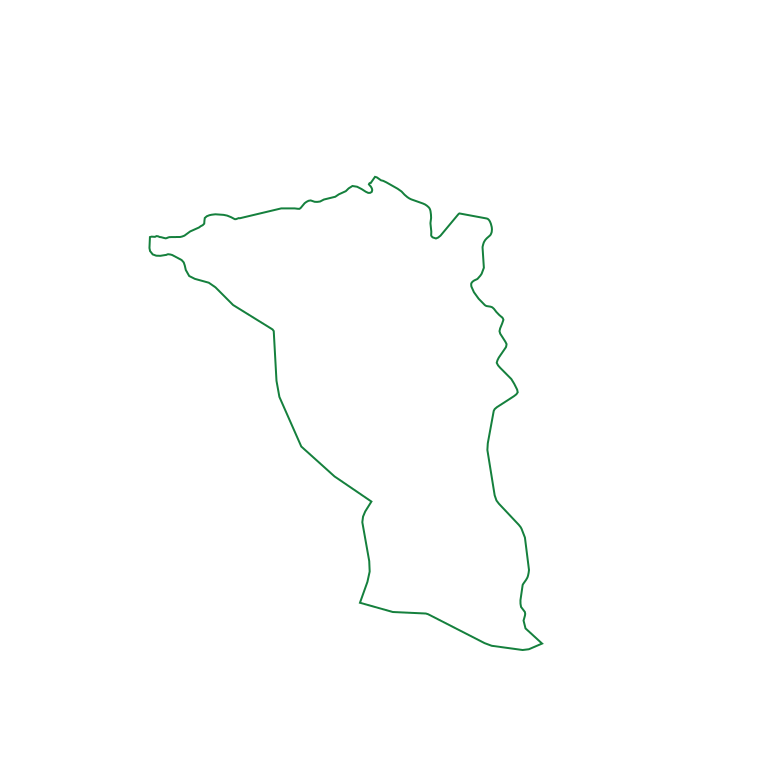 SVG path tracing the border of Dosso, rotated 124°
{"feature_id": "NER-93", "entity_name": "Dosso", "entity_type": "Department", "adm_level": 1, "iso_a3": "NER", "parent_name": "Niger", "parent_adm1": "", "projection": "albers", "projection_center": [3.221, 13.177], "detail": "fine", "context": "isolated", "style": "outline", "palette": "green", "viewbox_px": 768, "rotation_deg": 124, "n_neighbors": 0, "source": "natural_earth", "source_scale": "10m", "svg_char_len": 2950}
<svg xmlns="http://www.w3.org/2000/svg" viewBox="0 0 768 768"><g transform="rotate(124 384 384)"><path d="M487.7,377.6L482.1,417.6L453.2,463.5L441.5,474.9L401.8,505.0L401.1,506.9L402.9,553.3L398.1,577.8L398.0,585.9L402.6,599.6L403.4,605.9L400.3,612.1L397.2,615.4L395.2,618.0L394.4,621.1L395.5,631.7L396.1,633.5L397.1,635.5L397.7,636.1L398.5,636.5L402.8,641.1L405.0,644.6L405.9,648.2L404.6,652.3L402.4,654.5L393.1,660.2L391.8,659.1L390.1,656.2L388.6,655.3L387.9,653.9L387.6,652.2L386.9,650.8L385.9,647.9L385.3,646.4L384.5,645.7L383.4,645.0L382.2,644.0L376.1,635.2L374.6,633.8L372.6,632.4L365.9,630.0L357.7,624.9L355.7,624.2L353.7,623.1L351.6,622.7L349.0,624.2L346.6,625.4L344.0,624.7L341.8,623.2L340.2,621.7L337.6,618.7L333.5,611.6L332.1,608.2L331.2,604.0L330.8,600.0L330.2,599.0L327.7,597.2L327.2,596.2L295.9,567.4L288.5,556.5L286.7,553.0L286.0,552.0L284.5,551.5L278.5,550.9L276.3,550.1L274.3,549.0L272.8,547.4L271.7,543.3L270.2,541.0L268.4,539.0L264.7,537.0L256.0,529.1L252.0,527.5L245.5,523.5L241.6,522.7L237.5,520.9L235.5,516.6L234.9,511.4L234.8,506.7L234.4,504.0L233.2,502.3L231.5,501.6L229.8,502.2L229.0,503.0L228.2,504.2L227.6,505.6L227.4,506.7L226.9,508.2L225.8,508.3L224.8,507.8L224.7,507.4L217.3,507.3L216.7,505.5L216.8,500.4L216.0,498.2L215.5,494.7L214.5,481.9L214.6,477.1L215.6,472.8L216.0,469.2L216.0,466.9L215.7,464.7L212.6,452.7L212.2,450.4L212.2,448.1L212.5,445.8L212.8,444.8L213.5,443.5L214.7,442.1L217.3,439.8L220.0,437.8L224.2,435.7L225.0,435.2L231.2,430.0L234.4,428.0L235.0,427.0L235.2,425.5L234.3,422.3L232.3,421.0L229.4,420.1L201.8,417.3L200.9,417.1L200.4,416.8L189.4,391.5L189.1,390.4L189.2,389.4L189.5,388.2L190.2,386.8L191.4,385.0L193.7,382.4L195.4,381.0L197.8,379.7L199.3,379.3L200.6,379.1L201.6,379.2L205.8,380.3L208.0,380.6L210.2,380.5L211.3,380.3L213.2,379.7L215.1,379.0L215.9,378.5L231.8,366.2L238.0,364.7L240.3,364.7L244.1,365.2L244.7,365.3L245.4,365.7L247.7,367.1L249.6,367.8L250.7,367.9L251.8,367.9L253.0,367.2L254.3,366.1L257.6,360.8L260.4,353.2L262.2,344.6L262.2,343.5L262.0,342.5L260.4,339.1L260.1,338.1L259.9,337.1L260.2,334.9L261.5,331.0L262.4,326.7L262.8,322.9L263.3,321.9L264.0,320.9L267.7,319.9L273.0,318.8L275.6,317.8L277.3,315.8L281.1,307.0L282.4,304.7L284.1,303.9L285.3,303.5L297.9,303.6L300.9,303.2L303.4,302.4L304.8,299.8L305.6,296.8L308.7,281.2L311.0,276.2L314.2,270.5L316.1,268.5L318.5,268.5L321.3,269.4L340.0,277.4L342.8,278.2L344.9,278.0L375.1,264.8L380.9,261.4L414.4,230.0L417.7,225.6L419.0,221.8L425.4,193.4L426.3,190.6L427.2,188.9L432.5,181.3L457.1,159.8L459.7,158.5L462.4,157.4L464.2,156.9L466.8,156.7L471.6,156.8L473.0,156.7L486.9,150.0L489.8,148.0L492.2,145.7L494.2,139.8L495.6,138.4L497.3,137.6L502.1,136.0L507.5,130.0L510.8,107.8L522.9,115.6L527.0,120.3L540.8,148.3L542.6,155.8L550.2,218.7L550.9,221.0L568.1,249.2L578.8,281.6L557.3,287.1L547.5,291.0L539.1,297.2L510.7,324.7L505.7,327.2L500.2,328.3L488.5,328.7L488.3,373.3L487.7,377.6Z" fill="none" stroke="#15803d" stroke-width="2"/></g></svg>